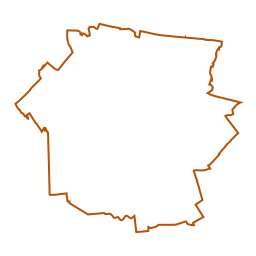 the district of Pestera, Constanta, Romania
{"feature_id": "2599482B96681929842674", "entity_name": "Pestera", "entity_type": "district", "adm_level": 2, "iso_a3": "ROU", "parent_name": "Romania", "parent_adm1": "Constanta", "projection": "equal_earth", "projection_center": [28.117, 44.192], "detail": "fine", "context": "isolated", "style": "outline", "palette": "amber", "viewbox_px": 256, "rotation_deg": 0, "n_neighbors": 0, "source": "geoboundaries", "source_scale": "gbopen_adm2", "svg_char_len": 5468}
<svg xmlns="http://www.w3.org/2000/svg" viewBox="0 0 256 256"><path d="M49.5,193.2L49.6,193.3L49.6,194.2L49.6,194.4L49.8,194.7L50.2,194.9L51.5,194.9L52.3,194.9L54.1,194.8L57.7,194.5L60.5,194.1L66.6,193.4L66.7,195.4L66.8,196.0L66.9,196.5L67.1,197.1L67.1,197.8L67.3,199.5L67.5,201.2L67.7,201.4L68.0,201.6L69.4,201.4L69.5,202.0L69.5,203.1L71.0,204.1L72.6,205.0L74.9,206.5L81.7,210.6L82.6,211.1L84.8,212.5L88.1,214.5L88.4,214.4L100.1,213.4L103.9,213.0L104.5,213.4L105.3,214.1L109.5,213.7L110.6,214.0L112.5,215.9L113.8,217.6L114.2,217.8L114.8,217.9L115.4,217.8L117.3,217.1L117.8,217.0L118.2,217.3L118.6,217.7L119.4,218.8L119.8,219.3L120.4,219.9L120.7,220.1L121.1,220.2L121.3,220.2L121.7,220.1L121.9,220.1L123.0,219.3L123.5,218.9L123.7,218.7L124.1,218.0L125.0,216.7L125.3,216.2L125.6,216.0L125.8,215.9L126.3,215.9L126.7,215.8L127.1,215.9L127.5,216.1L128.0,216.5L128.8,217.1L130.7,218.2L131.2,218.3L131.4,218.2L131.6,218.2L131.8,218.1L132.0,217.9L134.4,215.9L136.3,232.1L139.8,231.8L148.3,231.0L148.4,226.8L148.5,226.8L148.9,227.2L150.0,227.9L150.3,228.0L150.6,228.0L151.1,228.0L155.4,227.0L155.9,226.7L156.3,226.5L157.9,225.3L158.4,224.9L158.8,224.8L169.8,224.8L175.4,224.7L175.8,224.7L185.5,221.5L185.9,221.5L186.1,221.6L186.3,221.8L186.6,222.4L187.4,223.7L187.9,224.1L188.5,224.3L189.9,224.6L190.9,224.9L191.5,225.0L193.2,225.1L193.9,225.1L193.0,222.8L203.4,217.0L200.8,212.9L195.6,204.6L197.6,203.3L202.0,200.3L202.3,200.1L202.4,199.8L201.1,195.3L199.9,191.1L199.5,189.9L199.4,188.9L198.7,186.8L198.4,185.5L198.0,184.3L197.6,183.1L197.5,182.7L197.1,181.9L197.3,181.6L196.7,179.7L196.3,178.3L195.9,177.7L195.1,175.1L194.4,172.8L193.9,171.3L193.8,171.1L193.8,170.7L194.0,170.5L194.6,170.3L195.4,170.2L196.2,170.2L200.5,170.4L204.4,170.3L210.2,168.5L208.1,165.4L210.3,164.3L219.4,154.4L219.0,153.7L221.7,150.6L224.1,148.0L226.8,144.4L230.3,141.3L230.9,140.3L235.5,135.6L238.2,133.3L237.6,132.3L234.5,128.2L231.7,124.6L226.7,118.1L225.5,116.3L225.4,115.8L226.0,115.7L226.4,115.5L227.5,115.2L228.6,115.1L229.7,115.1L230.4,115.2L230.7,115.2L231.0,115.1L231.8,114.7L233.3,114.1L233.3,113.9L233.0,113.0L232.9,112.9L232.7,112.0L232.4,109.4L233.3,108.7L233.6,108.3L234.6,107.1L235.4,106.1L235.7,105.8L236.4,105.1L237.5,104.1L238.2,103.7L238.4,103.6L239.7,102.9L240.6,102.5L215.7,96.3L212.6,95.3L212.3,95.3L211.3,95.0L207.9,93.2L207.7,93.1L211.8,90.4L212.2,90.2L212.1,89.4L212.4,88.7L212.8,88.2L212.9,87.9L212.8,87.6L212.7,87.3L211.9,86.2L211.5,85.5L211.1,85.0L210.6,84.6L210.3,84.5L209.4,84.5L211.3,78.6L211.5,78.8L211.7,79.5L211.9,80.2L212.1,80.3L212.1,78.8L212.1,78.5L211.6,77.7L211.6,77.2L211.2,75.9L210.7,74.7L210.1,73.5L210.0,72.6L210.7,68.2L211.1,66.5L211.3,66.4L212.7,66.8L213.6,64.2L213.0,63.9L212.7,63.3L213.3,62.7L213.6,62.1L214.2,61.4L214.6,61.0L216.1,57.6L216.4,55.5L216.3,54.6L216.1,54.6L216.1,53.3L216.2,52.8L216.6,51.8L216.9,51.2L217.6,49.7L217.9,49.4L218.1,49.1L218.4,48.6L218.5,48.9L218.6,49.1L218.6,49.3L219.0,49.5L219.1,49.2L219.1,48.7L219.3,48.0L219.3,47.5L219.6,47.3L219.7,47.2L220.0,47.0L220.0,46.9L220.0,46.7L220.7,46.5L221.2,46.5L221.4,45.9L221.9,43.6L221.8,43.3L221.8,43.2L221.4,42.0L221.4,41.9L221.4,41.7L221.5,41.6L217.2,40.8L213.2,40.2L212.6,40.2L211.8,40.0L211.0,39.9L210.2,40.1L209.3,40.1L209.0,40.1L207.9,40.0L207.0,40.0L206.5,39.9L205.9,39.8L204.6,39.6L204.4,39.2L200.3,38.9L194.2,38.3L187.9,37.8L184.9,37.5L184.9,37.4L184.8,37.5L180.3,37.1L175.4,36.7L169.1,36.0L162.9,35.4L160.2,35.1L156.7,34.6L144.2,31.8L140.2,31.0L140.0,31.7L140.3,31.9L139.1,37.5L137.1,36.8L135.6,36.5L134.9,34.9L135.1,32.9L134.4,32.0L131.3,29.9L129.2,28.9L127.6,28.9L126.8,29.1L126.2,29.0L122.6,29.1L121.1,29.3L120.1,29.2L120.1,28.3L113.8,27.0L113.6,27.1L110.5,26.4L108.8,26.1L106.9,25.6L106.7,25.6L99.6,23.8L97.2,28.9L95.8,28.5L95.6,28.5L95.3,28.4L95.0,27.8L94.8,27.5L94.5,27.3L93.7,27.0L93.3,26.9L92.1,26.9L90.8,27.0L90.3,27.0L89.9,26.9L89.6,26.9L89.5,27.1L89.2,27.8L89.0,28.1L88.8,28.8L88.5,29.1L89.0,30.7L89.1,31.2L89.3,32.0L89.5,32.5L89.6,32.9L89.6,33.2L89.6,34.7L89.8,35.4L89.7,35.6L89.0,35.7L88.8,35.7L87.3,36.3L87.1,36.3L86.9,35.7L86.2,35.2L84.4,33.9L83.6,33.5L83.4,33.5L83.2,33.4L83.0,33.7L82.8,33.8L82.6,34.3L82.0,35.2L81.5,35.0L80.4,34.1L80.8,32.7L78.7,31.1L77.9,30.6L77.6,30.6L77.2,30.7L76.8,30.7L76.3,30.7L74.7,30.4L73.7,30.5L73.0,30.5L72.6,30.5L71.7,30.5L67.4,30.3L67.1,35.0L67.4,39.3L67.5,40.3L68.9,44.9L70.3,46.7L72.6,52.5L64.4,62.1L58.3,69.9L57.9,69.8L56.9,69.7L56.1,69.5L55.5,69.2L55.2,69.0L54.2,68.3L47.4,62.6L44.3,66.2L43.5,65.5L42.1,67.6L42.7,67.9L42.5,68.2L42.1,68.2L41.9,68.4L41.5,69.2L40.0,70.2L39.2,70.4L39.0,70.5L39.3,72.3L39.0,74.0L39.5,75.8L39.6,76.5L40.9,78.4L38.5,81.0L37.8,81.5L36.5,83.0L35.8,83.6L34.3,85.1L32.5,86.9L30.5,89.2L29.5,90.7L28.5,91.8L27.3,92.9L25.7,94.6L25.0,95.3L23.9,96.3L23.0,97.1L17.7,102.1L16.3,103.1L15.4,103.9L16.1,105.2L16.9,106.7L17.2,107.2L18.7,109.5L18.9,109.5L19.2,109.5L19.4,109.6L19.8,110.1L20.3,111.1L21.3,112.7L21.8,113.0L22.8,113.3L23.0,113.5L23.7,114.5L23.9,114.8L24.4,115.6L24.7,116.1L25.3,115.8L25.7,116.3L28.2,118.8L28.3,118.7L27.0,114.9L29.5,113.3L35.6,122.9L35.7,123.1L36.3,123.5L39.1,127.5L40.5,129.6L41.8,131.7L44.0,128.0L44.7,128.0L44.8,128.0L44.8,129.6L44.7,130.2L44.8,130.6L45.9,130.5L45.7,129.2L45.8,128.9L45.9,129.1L47.1,131.7L47.3,131.9L48.0,132.4L48.0,134.7L48.2,136.7L48.2,138.9L48.2,140.4L48.2,141.6L48.3,143.5L48.4,147.7L48.5,150.3L48.5,151.9L48.6,153.6L49.3,179.8L49.4,184.7L49.5,185.9L49.5,189.0L49.5,189.4L49.6,189.6L49.5,190.1L49.5,193.2Z" fill="none" stroke="#b45309" stroke-width="2"/></svg>